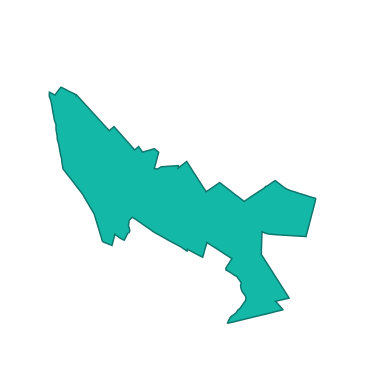 Silistea, Teleorman, Romania (orthographic projection), rotated 252°
{"feature_id": "2599482B30575359453223", "entity_name": "Silistea", "entity_type": "district", "adm_level": 2, "iso_a3": "ROU", "parent_name": "Romania", "parent_adm1": "Teleorman", "projection": "orthographic", "projection_center": [25.348, 44.369], "detail": "fine", "context": "isolated", "style": "filled", "palette": "teal", "viewbox_px": 384, "rotation_deg": 252, "n_neighbors": 0, "source": "geoboundaries", "source_scale": "gbopen_adm2", "svg_char_len": 5755}
<svg xmlns="http://www.w3.org/2000/svg" viewBox="0 0 384 384"><g transform="rotate(252 192 192)"><path d="M331.0,87.2L330.1,86.9L329.3,86.6L328.5,86.3L327.7,86.0L327.1,85.9L326.5,85.8L326.2,85.8L324.8,85.9L322.7,86.0L322.2,86.0L319.9,85.7L314.0,84.9L312.5,84.6L310.6,84.4L304.4,83.6L303.4,83.4L301.6,83.4L298.9,83.5L298.0,83.4L297.4,83.3L295.1,82.5L293.8,82.1L293.0,81.9L288.0,81.2L286.9,81.1L286.1,80.8L285.0,80.5L284.1,80.2L283.5,80.2L282.2,80.1L280.9,80.1L279.5,80.1L273.8,79.3L273.0,79.2L272.6,79.1L267.2,78.4L264.1,78.3L262.8,78.0L261.3,77.6L255.5,76.7L254.1,76.5L253.9,76.5L253.5,76.6L251.3,77.4L246.5,79.1L240.9,81.2L238.3,82.1L236.3,82.8L232.8,84.0L229.3,85.3L224.9,86.9L223.5,87.4L221.7,87.7L217.5,88.6L214.7,89.2L213.7,89.5L209.2,90.4L205.6,91.2L201.0,92.2L200.6,92.2L199.0,92.1L192.4,92.0L186.7,91.9L178.8,91.7L174.7,91.6L173.2,91.6L172.9,91.6L172.7,91.7L172.0,92.2L171.7,92.3L171.5,92.6L165.9,99.4L168.7,101.2L172.8,103.8L175.8,105.6L175.6,105.8L175.0,105.9L174.8,106.0L174.5,106.3L173.1,107.4L172.4,107.9L171.3,108.6L170.7,109.1L170.4,109.4L169.1,110.5L167.1,112.6L170.0,115.7L172.3,117.7L172.6,118.0L172.7,118.4L172.7,118.7L172.8,119.2L172.8,119.4L173.6,120.4L174.0,120.6L174.7,120.9L176.1,121.1L177.7,121.2L178.9,121.2L179.5,121.2L179.8,121.2L180.1,121.3L180.9,121.9L181.4,122.1L182.3,122.5L183.3,122.9L183.7,123.1L184.4,123.7L184.9,124.3L185.1,124.7L185.2,125.1L185.5,125.7L185.7,126.0L186.4,126.9L186.3,127.2L186.0,127.7L185.5,128.2L184.6,129.0L184.1,129.4L183.7,129.8L183.2,130.2L182.1,131.0L181.1,131.7L179.3,133.1L176.5,135.2L170.7,139.6L169.5,140.6L166.7,142.5L166.1,143.0L162.8,145.9L162.1,146.6L161.6,147.2L160.9,147.8L158.4,150.1L157.7,150.7L157.4,151.1L156.9,151.5L156.2,152.1L155.5,152.8L155.1,153.2L154.8,153.6L154.5,153.7L154.1,154.1L153.5,154.5L152.9,155.0L152.7,155.3L152.2,155.8L152.0,156.0L151.8,156.2L151.6,156.3L151.3,156.7L149.8,158.1L148.1,159.8L147.3,160.6L144.3,163.4L143.5,164.2L141.1,166.1L137.3,169.0L138.9,170.0L135.9,172.9L133.2,175.5L129.1,179.5L127.9,180.7L126.7,182.0L129.0,183.6L134.2,187.0L137.0,189.0L139.4,190.5L136.7,192.7L134.8,194.3L131.8,196.8L126.7,201.0L123.7,203.3L121.3,205.3L117.1,208.7L116.3,209.4L114.1,206.7L112.4,204.7L111.6,203.6L110.3,202.1L109.7,201.4L109.2,200.7L108.8,200.5L108.6,200.4L107.9,200.4L107.5,200.3L107.3,200.2L107.1,200.5L106.3,201.2L104.5,202.9L103.6,203.6L101.2,205.5L99.6,206.7L98.8,207.6L98.3,208.0L97.9,208.3L97.1,208.7L96.7,209.0L96.4,209.1L96.2,209.0L95.0,209.3L92.8,210.1L92.4,210.2L91.9,210.3L91.3,210.5L91.0,210.6L90.6,210.6L90.3,210.6L90.0,210.6L89.9,210.5L89.7,210.4L88.9,209.7L88.5,209.5L88.0,209.3L86.9,209.1L86.1,208.9L85.6,208.9L85.2,208.8L83.9,208.8L83.2,208.9L81.8,209.0L81.2,209.1L80.8,209.2L80.3,209.4L79.0,209.9L78.4,210.1L77.3,210.4L76.8,210.5L76.5,210.6L76.2,210.7L75.8,210.7L75.4,210.7L75.0,210.6L74.7,210.6L74.0,210.3L73.7,210.2L72.8,209.7L72.4,209.4L72.0,209.0L71.6,208.5L70.9,207.6L70.1,206.4L69.2,205.3L68.7,204.7L68.4,204.3L68.2,203.9L67.8,203.4L67.4,203.0L67.2,202.7L66.9,202.3L66.5,201.5L66.2,200.9L65.9,200.0L65.7,199.5L65.5,199.3L65.3,198.8L64.6,198.0L64.1,197.5L63.9,197.2L63.7,197.1L63.6,196.8L63.5,196.5L63.4,196.4L63.1,195.4L62.7,194.5L62.5,194.0L62.4,193.7L62.2,193.1L62.0,192.3L61.9,191.8L61.5,190.9L60.9,189.7L60.6,189.2L60.4,189.0L60.3,188.8L59.9,188.5L59.6,188.3L59.3,188.0L58.8,187.4L58.3,187.0L57.9,186.6L56.6,185.5L56.3,185.3L56.2,185.4L56.1,186.0L55.7,190.2L54.8,202.5L54.5,206.4L53.7,217.0L53.4,221.0L53.0,224.8L52.8,228.3L52.6,230.8L52.5,232.4L52.5,233.7L52.3,236.3L52.1,238.6L51.9,241.4L51.9,241.8L51.9,242.0L52.0,242.1L53.9,241.3L56.3,240.3L58.0,239.5L59.6,238.9L61.1,238.2L62.2,237.6L62.2,238.0L62.2,238.6L62.1,239.5L62.0,240.1L61.9,241.4L61.9,242.2L61.7,243.9L61.5,245.8L61.3,248.7L61.2,249.8L61.1,250.4L61.1,251.6L94.3,243.0L111.3,238.6L132.6,246.3L130.2,248.9L128.4,251.9L127.9,252.8L125.3,259.0L114.4,286.7L114.6,286.7L114.7,286.8L116.6,288.0L118.5,289.3L120.0,290.2L121.5,291.2L123.9,292.8L125.2,293.6L126.4,294.3L127.7,295.2L130.4,296.9L131.9,297.9L132.9,298.5L135.3,300.0L136.6,301.0L137.8,301.7L138.7,302.2L141.1,303.8L141.8,304.2L142.8,304.8L143.1,305.0L143.6,305.4L144.2,305.7L144.7,306.0L145.3,306.4L146.8,307.2L147.0,307.4L147.2,307.5L147.5,307.5L147.8,307.5L147.9,307.4L148.1,307.2L148.4,306.6L148.8,306.0L149.5,305.0L149.9,304.4L150.9,302.9L152.7,300.4L153.0,300.0L153.1,299.9L153.3,299.7L153.5,299.6L153.5,299.4L153.5,299.2L153.8,298.8L154.6,297.8L157.9,293.0L158.4,292.3L159.4,291.1L162.7,286.4L163.9,284.9L165.1,283.4L165.7,282.9L167.6,281.2L177.2,274.6L176.7,272.9L175.7,269.4L175.2,267.9L174.7,266.1L174.4,265.0L174.4,264.7L174.5,263.9L174.5,263.6L174.4,263.4L174.3,263.2L174.0,263.0L173.7,262.6L173.6,262.4L173.1,260.6L172.2,257.4L171.7,255.4L169.3,246.6L168.6,244.3L167.6,240.9L167.1,239.3L167.0,239.0L166.9,238.8L170.3,236.4L172.9,234.6L175.2,233.0L176.4,232.1L177.5,231.4L178.2,230.9L181.7,228.6L182.3,228.2L183.2,227.5L184.9,226.4L186.3,225.4L187.4,224.7L188.1,224.2L188.9,223.6L189.4,223.3L189.9,223.0L190.3,222.8L190.6,222.6L191.0,222.4L191.6,221.9L192.4,221.2L189.5,211.4L187.9,205.5L189.2,205.2L192.7,204.2L198.6,202.7L201.5,201.9L204.2,201.2L207.1,200.5L209.1,199.9L212.4,199.0L214.8,198.5L216.7,197.9L220.4,197.0L222.4,196.5L222.7,196.4L219.0,186.1L221.3,187.2L225.5,170.5L224.5,166.4L225.9,163.4L240.1,172.6L244.8,169.6L245.2,157.3L251.7,155.3L249.7,150.5L278.3,138.0L275.9,132.2L320.1,112.1L320.0,111.9L319.9,111.7L320.1,111.8L320.2,111.7L320.3,111.7L320.9,111.2L321.8,110.3L322.8,109.3L323.5,108.6L324.3,107.7L325.4,106.6L326.2,105.8L326.7,105.2L327.5,104.5L328.4,103.7L330.0,102.0L330.9,101.1L331.6,100.4L332.1,99.8L332.1,99.6L328.3,94.0L326.6,91.6L327.7,90.5L327.9,90.3L328.4,89.7L329.0,89.3L329.4,88.8L330.8,87.5L331.0,87.2Z" fill="#14b8a6" stroke="#0f766e" stroke-width="1.5"/></g></svg>